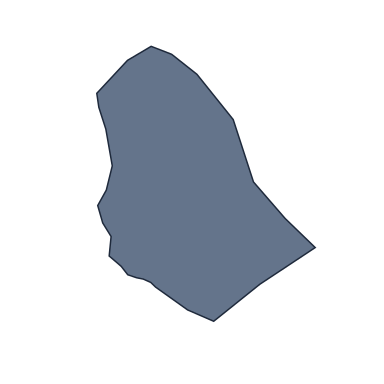 SVG path tracing the border of Mežica, rotated 213°
{"feature_id": "SVN-970", "entity_name": "Mežica", "entity_type": "Municipality", "adm_level": 1, "iso_a3": "SVN", "parent_name": "Slovenia", "parent_adm1": "", "projection": "mercator", "projection_center": [14.856, 46.525], "detail": "fine", "context": "isolated", "style": "filled", "palette": "slate", "viewbox_px": 384, "rotation_deg": 213, "n_neighbors": 0, "source": "natural_earth", "source_scale": "10m", "svg_char_len": 482}
<svg xmlns="http://www.w3.org/2000/svg" viewBox="0 0 384 384"><g transform="rotate(213 192 192)"><path d="M58.4,212.5L84.9,151.5L103.4,95.4L131.4,90.7L170.7,92.4L177.3,93.7L185.5,92.4L191.8,89.9L200.8,87.6L210.9,91.1L226.6,93.2L235.6,110.6L250.0,117.4L263.7,129.3L264.9,146.9L273.1,170.5L298.5,197.8L316.3,212.3L325.6,222.9L317.8,267.3L305.6,291.9L284.1,296.4L252.0,293.4L196.9,275.2L145.9,233.9L99.4,220.5L58.4,212.5Z" fill="#64748b" stroke="#1e293b" stroke-width="1.5"/></g></svg>